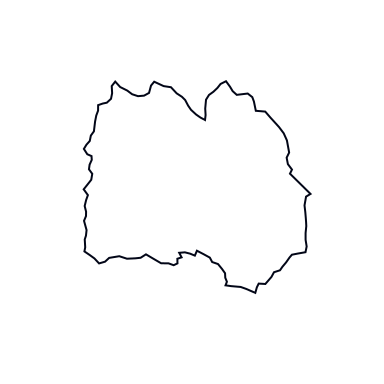 outline of Quadra, São Paulo, Brazil, rotated 306°
{"feature_id": "56859067B31751698362757", "entity_name": "Quadra", "entity_type": "district", "adm_level": 2, "iso_a3": "BRA", "parent_name": "Brazil", "parent_adm1": "São Paulo", "projection": "equal_earth", "projection_center": [-48.041, -23.303], "detail": "fine", "context": "isolated", "style": "outline", "palette": "ink", "viewbox_px": 384, "rotation_deg": 306, "n_neighbors": 0, "source": "geoboundaries", "source_scale": "gbopen_adm2", "svg_char_len": 1781}
<svg xmlns="http://www.w3.org/2000/svg" viewBox="0 0 384 384"><g transform="rotate(306 192 192)"><path d="M236.2,65.0L230.5,64.8L225.0,69.3L219.8,71.7L214.2,70.6L211.1,67.8L207.1,65.0L202.6,68.2L197.6,69.6L192.0,72.2L183.4,77.0L178.2,77.0L173.2,79.3L168.3,78.8L163.3,79.2L161.0,85.1L162.0,89.6L159.1,92.0L153.9,93.1L149.8,95.3L148.1,100.6L142.7,103.3L137.3,103.1L130.5,102.8L128.3,109.6L123.2,111.1L117.6,113.4L113.8,117.9L110.2,120.4L105.2,121.6L99.2,129.1L94.3,131.9L90.6,133.1L84.5,138.1L80.7,139.9L80.9,146.4L80.9,152.1L79.6,158.8L84.5,162.6L90.0,163.7L97.3,170.9L99.8,178.6L105.0,185.1L108.6,189.1L114.5,191.4L115.3,199.9L116.2,208.9L120.5,215.0L122.0,220.2L125.7,222.2L129.4,219.4L133.0,222.0L135.3,217.4L139.0,221.7L141.0,226.7L142.2,231.7L147.4,230.5L148.5,237.9L149.4,245.0L147.2,249.5L149.0,255.4L147.4,261.5L145.7,266.5L142.2,269.3L139.9,273.0L136.2,274.0L138.8,278.9L143.8,287.2L145.5,293.0L147.6,302.5L153.0,300.5L157.1,299.8L160.7,305.4L170.0,306.2L175.3,305.5L180.4,309.2L184.7,309.1L190.3,309.5L196.3,309.4L200.0,309.7L204.3,313.7L210.0,319.2L215.3,316.8L220.1,312.0L225.6,308.0L231.6,304.5L234.7,302.0L237.9,299.3L242.3,295.5L247.3,290.9L255.3,287.0L260.1,289.0L264.4,260.5L268.9,259.7L270.9,253.2L275.4,248.4L281.0,247.4L289.5,238.5L293.4,231.7L295.7,224.2L297.0,218.0L298.3,211.7L300.1,204.0L297.7,200.0L295.2,195.9L301.6,188.9L304.2,185.0L304.4,179.2L296.9,171.1L297.5,165.6L299.5,160.9L301.6,154.4L296.2,151.6L291.1,151.4L285.7,150.4L280.5,148.7L274.9,149.1L267.2,153.7L262.2,157.8L257.9,160.2L257.2,155.1L257.1,149.8L257.9,142.9L259.6,138.1L262.4,132.4L263.1,127.9L262.8,121.6L264.4,113.4L261.0,106.8L259.0,96.6L254.0,96.3L246.9,99.0L241.8,96.6L237.8,92.0L235.9,86.1L236.0,80.0L234.7,72.2L236.2,65.0Z" fill="none" stroke="#020617" stroke-width="2"/></g></svg>